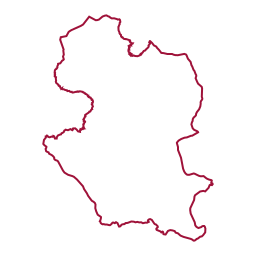 Milengi, Luapula, Zambia (Albers equal-area conic projection)
{"feature_id": "96606910B39507061952782", "entity_name": "Milengi", "entity_type": "district", "adm_level": 2, "iso_a3": "ZMB", "parent_name": "Zambia", "parent_adm1": "Luapula", "projection": "albers", "projection_center": [29.078, -11.938], "detail": "fine", "context": "isolated", "style": "outline", "palette": "rose", "viewbox_px": 256, "rotation_deg": 0, "n_neighbors": 0, "source": "geoboundaries", "source_scale": "gbopen_adm2", "svg_char_len": 5685}
<svg xmlns="http://www.w3.org/2000/svg" viewBox="0 0 256 256"><path d="M44.0,139.9L43.3,143.9L44.4,145.2L46.4,146.7L46.3,147.7L45.6,148.9L46.1,151.1L46.7,151.6L48.6,152.4L49.1,153.7L51.8,155.1L53.4,156.5L54.2,157.6L54.2,158.8L54.7,159.5L55.5,160.1L56.9,160.5L58.0,161.3L63.0,170.6L64.5,172.6L68.1,174.8L72.4,176.1L73.9,176.8L77.0,179.5L83.0,186.3L84.1,189.1L86.9,193.3L88.1,195.8L91.2,200.0L92.0,200.9L93.6,201.8L94.9,203.0L95.5,204.5L95.3,208.2L96.2,211.3L97.7,214.7L100.9,216.9L101.0,217.7L100.5,219.9L99.8,221.3L100.3,221.7L100.8,223.1L101.8,223.9L102.7,224.3L103.7,224.1L105.0,224.5L106.8,224.5L109.1,225.1L110.1,225.1L111.5,224.0L112.0,223.2L112.7,222.6L113.7,222.6L114.4,223.1L115.0,223.1L116.0,222.2L117.5,223.1L119.0,226.5L119.8,226.5L120.4,226.2L121.4,224.9L122.0,224.5L123.7,224.1L124.0,224.2L124.6,224.0L125.5,223.1L127.6,222.9L131.3,221.5L133.9,221.7L135.4,222.3L137.4,221.9L139.2,222.4L141.2,222.3L142.9,223.2L145.5,222.6L147.0,222.7L148.7,221.9L147.9,220.8L148.2,220.0L149.2,219.3L150.2,219.1L151.8,219.9L154.3,223.6L155.0,224.2L156.0,224.5L157.7,226.3L157.8,227.1L156.4,228.6L156.3,229.0L156.7,229.9L160.6,231.5L161.3,232.4L162.6,231.6L162.9,231.8L163.2,232.4L163.3,233.9L163.9,234.3L165.6,234.5L167.9,231.0L168.8,230.6L170.2,230.1L172.4,230.4L174.7,231.1L175.6,232.6L177.9,233.3L180.5,235.6L183.6,236.9L190.8,238.9L192.1,239.5L193.5,240.6L194.4,240.6L195.3,240.2L196.7,238.9L197.6,238.7L200.2,236.7L201.8,236.4L203.1,235.2L205.2,232.4L205.4,228.6L204.8,226.7L204.2,226.0L203.0,226.0L202.0,226.4L201.2,227.1L198.5,228.0L197.6,227.6L196.4,226.8L195.3,225.4L194.7,222.2L190.7,213.6L190.2,210.2L190.3,208.2L194.1,200.0L194.5,196.5L195.1,195.2L200.1,191.5L203.3,190.9L205.2,191.4L208.6,187.8L209.6,185.2L210.0,184.9L212.0,185.1L212.7,184.1L212.4,183.4L211.2,182.9L211.8,180.6L211.5,180.2L208.8,179.5L206.6,178.5L203.6,176.1L200.9,176.3L199.1,175.9L194.6,173.7L193.6,173.5L189.3,174.8L187.8,174.8L186.7,174.5L185.4,173.3L184.2,171.5L183.1,168.7L181.0,157.7L178.0,150.0L178.0,147.0L176.9,143.2L176.9,142.6L178.6,140.6L181.2,139.0L184.5,137.7L186.9,137.4L190.9,135.8L192.2,135.7L198.1,132.3L197.9,131.8L197.3,131.3L194.1,129.8L192.7,128.3L191.4,124.4L191.9,122.4L192.6,121.0L192.8,119.1L193.6,117.6L195.4,116.0L196.0,115.1L196.1,113.8L196.9,112.1L199.1,109.3L200.3,106.4L200.7,103.6L200.6,102.2L201.0,101.1L202.2,99.4L202.3,98.4L201.8,96.8L202.1,88.4L201.7,86.8L198.1,83.7L197.2,81.9L195.6,78.2L196.3,76.0L196.2,75.1L195.6,74.1L194.4,70.9L193.5,69.8L192.2,66.4L191.5,65.3L190.6,61.9L187.9,58.7L186.6,55.4L186.0,54.5L184.3,53.9L177.9,55.2L175.3,55.1L173.6,54.7L172.1,54.0L167.4,54.0L163.5,53.1L161.3,52.9L159.0,49.9L156.9,47.7L156.3,46.6L153.9,45.4L152.1,43.0L150.1,41.1L149.8,41.1L149.2,42.4L149.9,43.2L150.0,43.7L148.5,45.5L148.7,46.4L148.3,47.3L145.8,49.6L145.3,50.4L143.7,51.0L142.5,52.7L141.5,53.4L141.6,53.8L140.8,54.9L140.2,54.9L140.1,54.7L139.7,55.4L137.5,56.2L135.0,56.0L133.6,55.4L132.7,55.9L131.5,55.3L131.0,55.8L130.1,54.9L131.2,54.9L131.7,54.1L130.6,53.4L130.5,53.6L130.1,53.6L129.9,52.8L129.4,52.8L129.5,52.4L128.7,51.9L128.5,51.4L128.4,50.1L129.3,49.8L128.8,48.6L129.5,47.8L129.0,47.5L128.9,46.7L129.2,46.3L128.8,45.9L129.1,45.7L129.7,46.0L130.5,45.7L130.5,45.2L130.9,45.3L130.7,44.8L131.4,44.5L131.4,44.1L132.6,44.2L132.4,44.1L132.8,43.3L132.0,43.3L130.4,42.5L130.3,41.8L130.1,41.9L129.8,41.6L130.1,41.2L129.9,41.0L129.9,40.3L126.2,39.1L125.8,39.2L125.5,39.0L124.2,39.0L123.1,38.2L122.8,37.5L122.2,37.1L121.7,37.2L121.6,36.7L121.1,36.4L120.9,34.8L120.1,34.2L119.5,33.2L119.5,32.4L118.6,30.5L118.5,29.3L118.4,27.0L118.6,26.9L119.0,25.4L119.7,24.2L119.6,23.0L120.3,22.1L120.3,21.4L119.9,19.8L119.4,19.3L117.8,19.6L117.0,19.1L114.1,18.3L111.8,18.4L110.3,17.6L109.4,16.7L108.5,16.5L106.5,15.4L105.0,15.6L102.6,16.5L98.9,19.6L97.2,20.1L95.7,20.2L89.2,16.7L83.1,24.5L80.8,25.9L71.4,30.1L69.2,31.5L68.6,32.0L66.4,36.1L60.8,37.2L60.2,39.8L63.6,49.5L63.3,50.6L63.8,54.6L63.0,56.6L63.8,59.3L63.3,60.0L62.1,60.7L60.3,63.3L58.1,63.8L58.1,64.7L57.3,66.4L57.4,67.5L56.8,68.4L56.4,68.5L56.3,69.0L55.5,69.4L54.9,70.3L54.7,72.0L55.0,72.6L54.7,72.9L55.0,73.6L54.7,74.1L55.1,74.6L54.7,75.9L55.0,76.0L55.0,76.5L55.5,76.7L55.6,77.3L56.0,77.4L55.8,78.5L56.1,80.8L55.8,81.5L56.2,82.9L58.5,84.8L58.4,85.4L58.8,85.9L60.0,86.2L60.3,87.7L61.1,88.2L61.3,88.8L61.7,88.5L61.6,88.8L62.0,88.7L62.1,89.0L62.7,89.3L63.6,89.2L65.2,90.0L67.0,90.3L67.4,91.1L69.3,90.9L70.3,91.9L71.8,91.8L72.0,92.3L72.8,92.6L76.0,91.8L76.9,91.9L77.3,91.4L78.7,91.8L79.1,91.3L80.0,91.3L82.6,91.8L82.7,92.2L83.7,92.4L83.9,92.8L85.2,93.3L85.4,94.0L86.5,94.2L87.5,95.2L87.7,95.8L88.3,95.7L88.3,96.2L88.7,96.5L88.4,96.8L88.6,97.1L89.3,97.1L90.1,97.7L90.3,97.5L90.6,97.6L90.8,97.9L90.8,98.5L91.6,98.9L91.7,99.8L92.3,99.8L92.3,100.3L92.8,100.6L93.0,101.9L92.7,102.6L92.1,102.9L92.4,104.0L92.3,104.4L91.9,104.5L92.9,106.3L92.1,107.8L91.9,108.9L92.1,109.2L91.2,109.8L90.3,111.5L89.3,111.6L88.8,112.5L85.2,114.9L85.1,115.6L85.5,115.7L85.5,116.5L84.5,117.4L84.3,118.3L83.8,118.7L83.9,119.1L83.4,119.7L83.9,120.2L83.8,121.0L84.3,120.9L85.1,121.5L85.1,121.9L84.2,122.9L84.1,123.4L83.6,123.7L83.3,124.5L83.5,124.7L83.3,124.9L83.6,126.8L83.2,127.0L83.1,127.7L83.8,128.0L83.6,128.4L83.9,128.6L83.4,128.7L82.6,128.4L82.6,129.1L81.3,129.1L81.1,129.6L80.4,129.2L79.9,130.6L80.0,131.8L78.1,131.4L76.4,129.3L75.8,129.0L75.3,128.4L73.1,128.4L72.8,128.7L72.9,129.6L72.3,130.2L70.4,129.1L68.0,130.2L65.5,129.7L65.1,130.2L64.3,130.6L63.8,132.0L62.4,133.0L61.6,133.2L61.0,134.4L59.9,134.6L57.9,135.5L56.8,137.2L56.7,138.5L54.9,138.5L54.2,136.4L53.6,136.0L53.3,135.9L53.2,136.6L52.8,136.8L51.5,136.6L49.7,137.3L48.2,136.9L47.4,135.7L46.8,135.6L46.6,136.1L45.7,136.4L45.9,137.5L44.0,139.9Z" fill="none" stroke="#9f1239" stroke-width="2"/></svg>